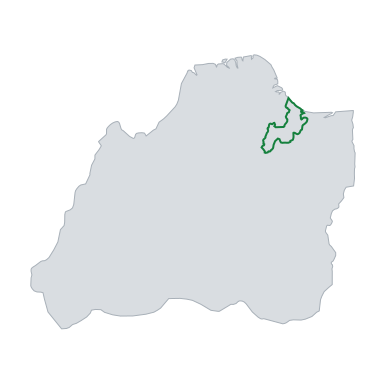 Ondo highlighted on a map of Nigeria, rotated 178°
{"feature_id": "NGA-2853", "entity_name": "Ondo", "entity_type": "State", "adm_level": 1, "iso_a3": "NGA", "parent_name": "Nigeria", "parent_adm1": "", "projection": "orthographic", "projection_center": [5.19, 6.813], "detail": "fine", "context": "in_parent", "style": "outline", "palette": "green", "viewbox_px": 384, "rotation_deg": 178, "n_neighbors": 0, "source": "natural_earth", "source_scale": "10m", "svg_char_len": 5645}
<svg xmlns="http://www.w3.org/2000/svg" viewBox="0 0 384 384"><g transform="rotate(178 192 192)"><path d="M327.1,59.8L340.1,77.1L343.2,90.1L344.4,96.5L346.5,97.2L350.4,97.5L353.2,98.7L355.0,100.8L356.1,102.8L356.4,104.0L355.8,111.8L354.9,114.7L355.6,118.5L355.5,120.2L355.1,121.3L353.4,122.6L351.1,123.9L345.6,127.8L344.0,128.4L341.6,128.5L339.6,129.5L337.2,131.5L332.1,139.1L327.8,146.7L324.8,159.0L321.0,162.9L320.3,166.3L319.9,173.9L319.3,176.2L318.7,176.9L314.4,178.4L312.0,180.2L310.6,183.7L308.9,195.4L308.3,197.4L306.9,199.4L304.8,201.7L302.9,202.9L298.0,203.8L293.4,212.7L293.4,214.2L291.4,222.3L287.9,228.4L287.7,232.3L283.3,237.7L281.0,241.3L283.4,245.1L283.6,245.7L275.9,252.2L275.4,253.2L275.2,257.6L274.6,258.8L273.2,260.4L271.1,262.3L268.9,263.7L266.5,264.7L264.2,265.1L262.9,264.5L262.1,263.2L260.7,257.8L260.1,256.6L258.5,255.6L252.4,249.7L248.8,247.6L248.0,247.8L247.4,248.4L246.4,251.4L245.4,252.5L243.4,252.9L240.1,253.0L237.6,252.6L237.1,252.0L235.9,249.6L228.4,255.2L225.8,256.4L222.5,262.9L217.8,266.1L214.6,268.9L205.9,277.7L204.1,280.3L202.4,284.2L198.8,300.7L192.8,311.0L192.0,313.2L191.6,313.1L190.8,314.0L188.5,313.4L187.4,311.5L186.0,311.2L183.5,308.5L182.9,308.9L185.6,316.0L184.6,318.8L177.2,318.9L170.8,319.9L166.4,319.8L164.2,318.8L163.2,316.1L162.9,316.4L162.6,317.8L161.3,319.0L156.3,319.2L154.2,317.4L152.4,315.4L150.5,314.5L150.8,315.3L153.0,317.3L152.7,320.2L148.7,323.5L146.2,323.7L144.6,322.3L143.8,319.9L143.4,316.5L142.4,314.3L141.8,314.3L142.5,318.0L142.5,321.5L144.4,324.2L141.5,325.0L138.1,325.1L137.6,324.1L137.2,321.9L136.6,321.3L135.9,325.1L128.7,326.2L127.7,326.0L127.5,325.3L128.0,324.3L127.9,322.6L126.3,323.9L126.1,326.5L125.1,326.9L122.4,326.5L119.5,325.2L114.6,321.9L108.7,316.5L107.7,314.1L106.0,311.1L102.9,303.0L103.5,302.6L104.9,303.0L105.5,302.3L103.1,301.7L102.6,301.1L102.4,299.3L102.5,297.1L106.2,295.9L107.1,294.6L107.6,293.2L103.0,295.3L98.7,293.0L97.8,291.6L98.2,290.5L103.2,290.4L105.0,289.4L103.9,289.0L102.0,289.0L101.3,288.3L101.4,286.7L100.8,287.0L99.9,288.5L97.0,289.6L95.3,288.5L95.2,286.1L94.8,285.0L93.4,284.1L88.3,277.7L81.9,272.3L76.3,268.6L67.7,266.8L49.8,266.8L48.8,266.3L49.9,265.5L51.5,264.9L57.3,261.9L56.3,261.5L50.3,263.4L48.3,263.5L45.6,267.1L28.0,267.8L28.0,266.2L28.8,261.5L29.9,258.2L28.8,254.2L28.5,250.6L29.2,249.5L29.5,248.2L29.4,238.9L30.3,237.6L30.3,236.6L28.5,232.7L28.6,229.7L28.2,226.8L27.6,225.4L28.4,214.2L28.2,211.4L28.8,209.4L29.1,204.6L29.1,199.9L30.3,192.4L37.8,191.4L39.7,188.5L40.8,184.8L40.4,181.1L42.9,177.9L45.8,175.0L45.7,171.9L46.6,170.9L48.0,170.2L50.0,169.8L52.2,168.3L53.5,165.6L54.7,161.2L52.8,158.1L52.8,157.5L53.6,155.8L54.7,154.2L55.7,153.7L57.8,154.1L58.6,153.4L60.0,148.6L59.9,147.3L57.8,144.1L56.8,135.3L56.2,134.2L54.6,132.6L50.5,126.4L50.6,123.5L52.4,119.8L53.5,118.0L55.1,117.0L55.4,116.2L55.0,115.1L54.2,114.3L54.0,112.6L54.8,110.3L54.6,107.8L55.1,94.6L58.5,92.0L63.4,87.8L65.9,83.3L67.3,79.9L69.0,68.7L71.6,67.5L76.5,63.4L83.1,61.0L87.5,60.2L95.1,60.7L98.9,60.3L102.2,58.1L103.7,57.5L105.8,57.1L124.7,62.9L126.5,62.6L127.9,63.0L130.3,64.6L135.9,70.0L141.8,78.4L143.6,80.2L145.5,81.2L147.3,81.5L148.8,81.4L150.1,80.6L151.9,79.0L154.7,78.2L157.0,78.4L168.7,71.9L169.9,71.8L177.2,73.1L187.1,79.5L195.3,83.7L200.9,85.1L207.6,86.1L219.0,86.3L227.4,77.1L230.6,75.1L234.3,73.2L242.2,71.5L255.4,70.2L267.8,70.5L275.5,72.0L283.6,74.8L287.2,77.6L292.7,78.0L296.6,77.4L297.8,74.6L301.6,70.8L307.4,67.3L312.1,64.8L316.0,63.7L319.5,60.9L322.2,60.0L327.1,59.8ZM156.8,322.9L154.1,323.7L152.3,323.5L154.7,319.8L156.0,320.6L157.6,320.9L156.8,322.9Z" fill="#d9dde1" stroke="#a8b0b8" stroke-width="1"/><path d="M92.3,282.5L89.0,278.2L88.4,277.7L87.3,277.2L86.8,276.6L86.1,275.5L85.1,274.5L84.3,273.8L82.2,272.5L81.2,271.9L79.5,270.3L78.4,269.6L78.0,269.4L79.7,269.5L80.2,269.0L80.1,268.2L78.6,267.5L77.7,267.5L77.2,267.0L77.7,266.8L78.6,266.7L80.0,265.6L80.5,265.5L80.8,265.1L80.9,264.7L80.6,263.4L80.6,261.4L80.1,260.7L79.4,261.0L78.9,261.7L77.7,262.4L76.3,262.4L75.8,262.3L74.9,262.0L74.6,261.7L74.1,261.0L74.2,260.2L74.8,258.3L76.2,256.8L78.8,255.0L79.3,254.3L79.9,250.6L81.0,250.0L81.5,249.4L81.7,248.7L82.4,247.4L83.6,246.4L84.7,246.1L85.8,246.6L87.2,247.5L87.5,247.6L88.3,247.7L88.6,247.5L88.6,246.9L88.6,246.2L88.6,245.5L88.6,243.4L88.9,242.0L89.4,240.7L90.6,240.1L91.9,239.7L92.0,238.6L93.9,237.9L95.0,237.9L98.0,238.1L100.0,238.0L101.4,238.4L102.1,239.8L102.7,241.7L104.3,242.4L107.2,239.9L108.8,236.3L109.3,233.6L109.6,232.8L110.8,231.5L111.6,231.1L111.9,230.6L112.2,230.1L112.9,229.7L113.7,230.0L114.4,229.7L114.9,228.9L117.1,228.5L118.0,228.9L117.8,230.0L119.2,232.2L120.9,234.1L120.4,234.9L119.8,235.7L119.4,235.9L118.7,236.0L118.3,236.4L118.1,237.3L118.9,237.9L119.0,238.4L118.7,239.0L118.8,239.9L119.0,240.3L119.1,240.9L118.8,241.8L118.5,242.2L118.0,242.5L117.3,243.1L116.7,243.8L116.7,244.2L116.8,244.5L115.5,247.4L115.3,248.1L114.9,248.6L114.2,249.4L113.8,250.4L113.8,251.4L114.2,252.2L114.3,252.6L114.2,252.8L113.9,253.1L113.9,253.5L113.3,253.7L113.0,254.4L112.7,256.2L112.6,256.5L112.2,257.2L111.9,257.4L111.4,257.6L110.5,257.4L110.1,257.1L109.3,257.0L108.0,258.1L107.3,258.2L106.6,256.4L106.9,255.6L107.4,254.9L106.1,253.8L98.2,253.8L97.8,254.1L97.4,254.4L97.4,255.1L97.0,255.8L96.6,256.5L95.6,257.5L94.8,258.6L94.4,259.1L94.3,260.1L94.2,260.5L94.2,261.3L94.4,261.6L94.6,261.7L95.1,262.5L95.6,263.9L94.9,265.4L94.5,266.1L94.3,267.0L93.9,267.7L93.2,268.0L92.5,268.2L92.2,268.8L92.0,269.7L91.8,270.0L91.7,270.2L91.6,270.4L91.8,270.7L92.3,271.0L93.0,271.6L93.6,272.3L93.7,272.7L93.9,272.8L94.3,272.8L94.6,272.9L94.9,273.2L95.4,274.0L95.4,274.9L92.3,282.5L92.3,282.5Z" fill="none" stroke="#15803d" stroke-width="2"/></g></svg>